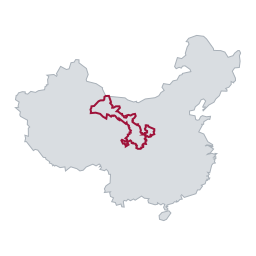 Gansu on a map of China (Albers equal-area conic projection)
{"feature_id": "CHN-1150", "entity_name": "Gansu", "entity_type": "Province", "adm_level": 1, "iso_a3": "CHN", "parent_name": "China", "parent_adm1": "", "projection": "albers", "projection_center": [103.309, 37.691], "detail": "medium", "context": "in_parent", "style": "outline", "palette": "rose", "viewbox_px": 256, "rotation_deg": 0, "n_neighbors": 0, "source": "natural_earth", "source_scale": "10m", "svg_char_len": 5399}
<svg xmlns="http://www.w3.org/2000/svg" viewBox="0 0 256 256"><path d="M155.1,204.8L148.5,202.8L147.9,200.2L149.0,198.7L144.4,198.2L141.6,196.1L135.1,200.2L133.6,199.0L130.4,200.7L128.0,199.2L126.3,201.0L124.2,200.4L123.3,201.6L124.2,207.1L121.8,206.8L121.0,204.0L116.4,205.3L115.4,202.5L111.7,201.7L113.5,197.8L110.5,196.5L109.7,192.8L110.5,191.8L104.4,192.5L105.2,191.0L104.4,188.9L106.0,185.8L110.1,183.0L110.5,174.3L108.9,174.3L108.1,171.3L106.2,169.3L104.6,170.7L99.9,169.4L101.4,167.7L100.9,166.2L99.5,166.7L100.6,165.1L99.2,164.0L96.1,165.9L92.8,164.2L86.2,167.0L83.2,170.2L79.9,170.9L76.9,168.7L70.8,166.8L65.5,171.0L64.9,166.9L60.1,167.6L55.8,165.3L54.7,166.1L53.6,164.9L52.8,165.8L51.7,163.7L49.3,163.0L49.7,161.7L45.9,159.2L45.6,157.6L43.3,157.3L37.8,150.1L35.1,149.4L33.4,150.6L26.4,141.6L24.8,141.7L25.6,138.4L24.9,135.2L28.4,136.3L28.3,128.2L29.7,127.0L27.3,124.5L27.5,120.2L20.5,116.4L19.8,114.9L20.4,111.8L15.4,107.6L18.6,107.3L18.1,106.0L19.1,102.0L15.5,99.7L16.2,95.4L17.4,95.1L18.5,92.9L22.3,91.7L25.2,91.9L25.2,93.6L27.7,94.1L30.8,91.4L35.5,92.4L38.4,90.7L44.6,89.7L45.1,86.5L46.8,85.8L46.4,84.8L48.0,84.6L47.6,79.6L48.8,76.6L46.9,75.2L53.9,74.5L56.6,76.3L57.2,74.9L56.4,73.8L60.6,66.4L66.4,69.5L69.1,68.8L71.0,62.7L74.1,62.2L75.7,59.6L79.0,59.8L79.0,62.9L86.4,68.5L88.2,74.5L86.2,79.5L86.7,81.3L96.2,83.7L102.6,87.8L102.4,89.0L105.8,96.0L125.1,97.9L127.6,99.9L133.6,102.0L136.6,101.3L136.6,102.4L138.5,102.7L145.2,99.0L155.0,97.7L158.9,95.7L160.9,92.6L164.2,90.4L162.0,87.3L163.5,83.6L169.8,84.6L173.0,80.9L177.0,80.0L179.5,75.4L182.2,74.6L182.4,73.4L190.9,71.6L190.0,69.3L185.0,65.8L182.5,66.2L181.3,68.1L179.1,67.3L176.2,68.7L174.6,66.6L177.4,57.6L181.7,58.6L185.9,55.1L185.3,53.4L187.2,47.0L189.0,44.2L188.3,42.0L186.2,41.6L188.7,38.3L196.7,35.4L203.6,36.3L206.6,39.0L213.3,48.4L213.7,50.4L220.7,50.6L224.9,52.1L228.1,57.3L233.0,55.7L234.7,53.1L238.0,50.5L239.5,50.7L240.6,53.1L239.4,55.8L240.1,61.2L239.3,67.5L234.6,67.9L232.3,71.2L235.4,78.1L235.5,80.7L233.4,82.2L234.1,83.1L231.1,81.5L231.2,84.4L228.9,87.2L225.7,88.4L227.1,90.0L226.9,91.2L221.2,91.0L219.4,95.7L215.8,99.0L214.0,102.2L208.9,105.0L203.2,110.8L202.8,109.8L204.9,108.5L205.1,106.9L203.0,107.4L202.8,106.6L205.7,101.0L203.6,98.9L201.1,99.8L199.1,103.7L195.3,106.8L194.2,110.0L189.5,111.0L189.6,114.7L195.0,115.8L195.7,119.5L197.2,120.2L199.1,119.8L200.6,116.8L202.4,115.6L206.4,116.8L210.5,116.3L209.8,119.4L208.0,119.1L203.8,121.7L203.6,124.3L201.7,124.3L202.3,125.3L198.7,131.9L203.8,134.0L207.8,141.7L212.7,144.7L212.6,145.8L206.9,144.8L205.0,146.0L207.8,145.3L213.6,149.0L210.1,153.1L208.2,153.5L207.2,154.5L211.8,153.3L215.9,154.7L213.7,157.2L215.8,156.7L215.9,158.5L213.8,159.0L215.0,159.7L214.4,161.4L215.3,163.0L213.2,163.3L211.7,165.2L209.8,172.7L207.6,172.3L209.3,174.3L207.6,176.0L206.1,176.0L208.4,176.2L208.9,179.2L206.8,179.3L207.5,180.3L206.1,180.6L205.1,183.8L201.3,185.2L202.5,186.1L199.8,189.9L197.5,189.9L195.9,193.7L184.3,197.4L181.6,194.7L180.8,195.8L182.2,199.1L180.0,199.4L177.7,201.8L176.5,200.9L176.4,202.1L174.5,201.7L173.0,203.3L167.2,204.9L166.1,207.0L168.0,209.0L167.3,210.1L164.9,209.9L163.6,207.3L164.8,204.4L162.9,203.5L160.9,204.9L157.5,202.7L157.7,204.1L155.1,204.8ZM168.9,210.8L170.9,213.0L166.5,219.3L163.8,220.6L159.5,219.3L159.1,215.6L162.0,212.5L168.9,210.8ZM213.3,146.8L211.7,146.8L210.2,145.7L211.3,145.8L213.3,146.8ZM216.6,153.5L215.5,154.1L215.1,153.4L216.6,153.5ZM209.8,178.0L209.3,178.9L209.2,177.9L209.8,178.0ZM166.7,206.6L167.8,206.1L167.8,206.7L166.7,206.6Z" fill="#d9dde1" stroke="#a8b0b8" stroke-width="1"/><path d="M105.7,96.0L108.9,95.9L111.0,102.1L110.2,103.1L112.6,105.9L112.2,107.7L113.6,107.7L115.9,106.3L119.4,106.3L119.9,107.8L116.7,111.3L118.0,111.5L120.9,113.8L122.1,113.9L122.3,115.4L123.7,116.0L124.1,117.3L126.1,117.7L126.9,116.7L126.1,115.7L128.4,114.9L130.7,115.5L132.7,114.3L135.0,113.9L135.7,116.0L134.3,118.0L132.6,119.2L132.9,120.6L132.4,120.8L132.5,122.0L135.9,124.4L137.8,124.3L137.5,125.2L138.4,125.3L139.7,126.5L140.9,130.3L140.4,131.9L140.9,132.8L142.1,133.0L142.6,134.1L143.6,134.1L142.9,134.5L144.1,134.5L144.9,135.2L145.4,134.5L145.0,133.7L145.4,133.7L145.1,132.9L147.1,132.5L147.1,130.9L145.3,130.0L144.9,128.8L145.8,127.3L145.7,125.3L146.1,125.2L148.2,125.6L148.4,126.6L154.3,129.1L154.3,131.0L153.6,131.7L154.3,134.2L151.6,135.2L150.6,134.7L150.4,135.2L151.1,136.3L150.7,136.6L148.5,137.0L147.2,136.0L145.4,136.4L145.7,137.5L144.8,138.7L146.3,139.7L146.4,140.3L145.6,140.3L146.0,141.0L145.3,142.1L145.9,143.9L143.6,143.7L142.9,144.3L142.4,145.1L143.3,145.8L143.2,147.0L141.2,147.5L141.3,148.3L140.6,148.8L137.8,148.8L136.3,147.9L136.8,146.9L136.2,145.6L136.7,145.4L135.6,143.8L133.0,143.4L133.0,142.9L131.7,143.0L131.3,141.2L130.4,140.4L127.2,142.2L128.5,144.7L125.8,146.4L125.9,144.2L124.8,144.4L124.3,143.4L122.9,143.6L121.4,140.4L122.0,139.8L125.5,141.5L127.1,140.4L127.1,139.4L125.5,138.3L128.1,135.9L127.8,134.6L129.5,134.1L129.5,132.5L130.7,132.5L130.5,131.3L130.9,130.5L130.0,129.9L129.1,128.2L129.4,127.5L128.6,126.7L128.9,125.6L126.9,124.0L126.6,122.6L125.7,123.7L119.3,118.6L119.3,120.0L117.9,119.2L115.2,115.9L114.0,115.4L113.2,116.0L112.1,115.5L111.1,116.6L108.3,114.6L107.0,114.3L106.3,118.6L103.0,116.7L100.2,113.9L95.7,112.7L90.8,113.1L91.0,111.6L90.5,109.4L91.2,108.3L91.5,106.3L94.1,106.0L98.5,101.3L100.4,100.4L103.5,100.3L104.2,99.6L104.5,96.8L105.7,96.0Z" fill="none" stroke="#9f1239" stroke-width="2"/></svg>